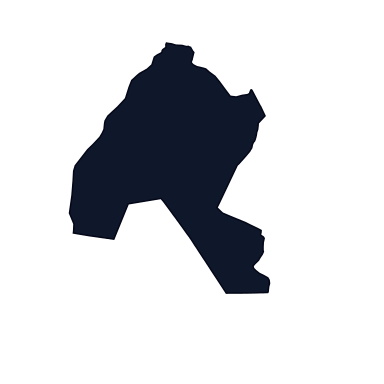 Kulbus, Western Darfur, Sudan (Mercator projection), rotated 136°
{"feature_id": "16777658B88334295817955", "entity_name": "Kulbus", "entity_type": "district", "adm_level": 2, "iso_a3": "SDN", "parent_name": "Sudan", "parent_adm1": "Western Darfur", "projection": "mercator", "projection_center": [22.731, 14.61], "detail": "fine", "context": "isolated", "style": "filled", "palette": "ink", "viewbox_px": 384, "rotation_deg": 136, "n_neighbors": 0, "source": "geoboundaries", "source_scale": "gbopen_adm2", "svg_char_len": 2827}
<svg xmlns="http://www.w3.org/2000/svg" viewBox="0 0 384 384"><g transform="rotate(136 192 192)"><path d="M207.3,67.1L206.9,67.2L206.6,67.3L205.4,68.3L204.7,68.9L202.8,70.5L202.7,70.6L201.2,71.5L199.7,72.4L197.7,75.1L197.1,77.6L198.5,82.3L200.1,86.6L200.7,91.3L200.7,94.4L199.5,96.4L196.4,96.7L191.6,96.7L189.0,97.5L184.8,98.4L182.1,99.5L181.3,100.8L179.0,103.2L175.8,106.2L172.2,108.6L171.9,110.2L172.2,111.5L172.5,113.1L172.1,114.0L170.8,114.7L169.0,116.3L169.1,116.7L170.2,120.1L173.1,127.9L174.8,132.8L181.3,147.6L184.7,155.6L185.0,163.4L179.6,165.3L140.8,179.9L138.8,179.8L130.3,180.4L122.2,181.2L120.6,181.7L118.5,182.2L117.1,183.1L115.7,184.1L113.6,185.0L111.4,185.3L109.4,186.3L106.6,188.0L104.0,190.0L101.3,191.4L97.9,194.2L96.6,195.5L86.6,196.0L83.2,206.0L83.2,206.5L78.5,222.6L78.2,224.1L78.8,224.5L80.6,223.7L82.2,222.9L84.3,223.4L88.9,226.7L94.2,229.6L98.0,234.3L97.1,241.8L95.7,252.3L95.1,259.3L96.3,266.3L96.6,270.9L98.0,273.4L99.7,276.1L101.5,278.8L102.8,282.8L102.8,285.0L102.2,286.1L101.3,286.6L99.9,287.2L98.9,287.9L93.7,291.2L93.7,292.6L93.2,294.5L92.7,296.6L92.5,297.0L93.2,298.3L93.4,299.2L95.1,300.6L97.3,304.3L101.1,308.3L101.8,309.2L103.8,312.8L106.3,316.0L106.9,316.9L108.3,316.3L109.7,314.7L110.6,314.1L111.9,314.4L113.4,314.6L114.2,314.7L115.3,314.4L116.5,313.4L118.2,313.6L121.7,314.7L125.2,315.2L125.4,315.2L126.5,314.6L132.5,311.3L138.9,311.5L147.4,313.7L150.3,313.9L157.8,314.1L164.4,311.1L174.9,305.4L186.4,304.8L199.6,305.1L205.0,303.6L207.4,301.9L211.7,298.2L215.5,296.7L220.2,295.4L229.9,294.9L237.7,294.9L257.7,292.0L262.5,289.3L269.6,282.7L280.7,272.9L294.8,261.9L295.5,260.1L299.1,251.0L304.2,246.2L304.8,245.7L305.8,244.9L303.1,241.2L296.2,231.9L293.3,228.2L291.1,225.4L290.5,224.6L289.4,223.2L288.7,222.3L288.5,222.0L287.2,220.4L286.4,219.4L285.8,218.6L285.6,218.3L285.3,217.9L285.2,217.8L284.9,217.4L284.6,217.1L283.5,215.7L283.3,215.3L283.2,215.2L282.9,214.9L282.8,214.7L282.3,214.1L282.2,214.0L282.0,213.7L281.7,213.3L281.2,212.6L281.0,212.4L246.1,227.8L218.7,208.9L218.9,206.6L219.0,204.9L219.1,204.3L219.2,203.3L219.3,202.7L219.5,201.3L219.5,201.1L219.8,199.1L219.8,198.8L220.2,195.9L220.4,194.5L220.8,191.4L221.1,189.5L221.3,188.1L221.7,184.6L222.2,181.5L222.4,179.5L222.6,178.4L223.0,175.7L223.3,173.4L223.4,172.8L224.1,168.2L224.3,166.8L224.5,165.5L225.1,160.7L225.3,160.1L225.4,159.2L225.7,157.5L226.6,153.1L226.9,151.7L227.3,149.2L227.7,147.1L228.5,143.2L228.6,142.5L229.7,136.8L230.4,132.8L231.0,129.9L231.1,129.4L231.2,128.7L232.1,124.0L232.2,123.7L233.5,116.8L234.3,112.4L234.9,109.4L235.0,108.7L235.4,106.7L236.5,101.0L236.5,100.9L236.6,100.7L237.3,96.8L237.5,95.9L237.6,95.5L231.2,89.4L227.8,86.1L227.7,86.0L224.1,82.6L222.5,81.1L222.2,80.8L218.0,76.9L216.6,75.6L212.2,71.6L210.2,69.7L208.4,68.1L207.3,67.1Z" fill="#0f172a" stroke="#020617" stroke-width="1.5"/></g></svg>